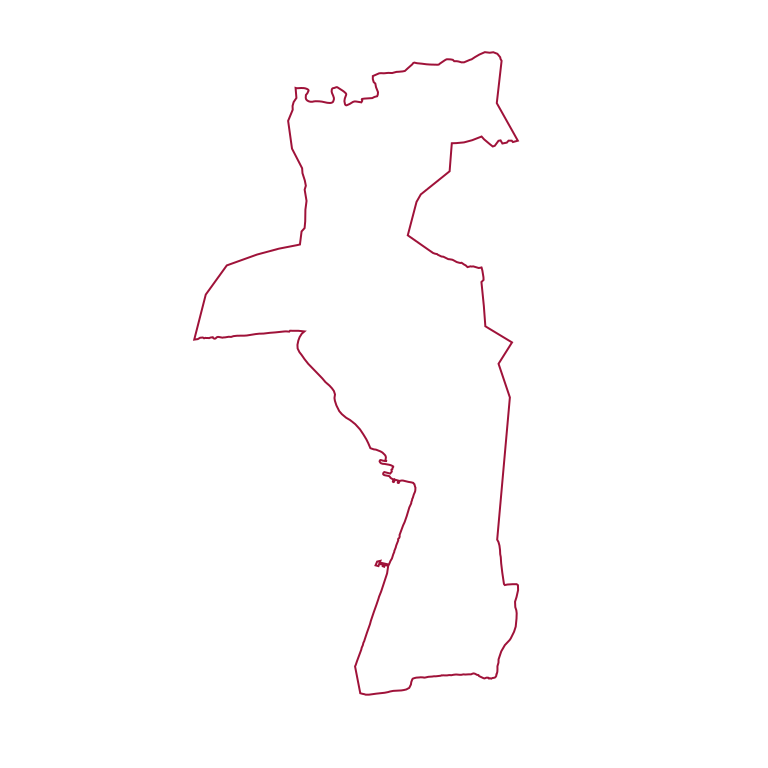 Cul De Sac, Castries, Saint Lucia, rotated 259°
{"feature_id": "8701671B53480283308673", "entity_name": "Cul De Sac", "entity_type": "district", "adm_level": 2, "iso_a3": "LCA", "parent_name": "Saint Lucia", "parent_adm1": "Castries", "projection": "robinson", "projection_center": [-61.007, 13.982], "detail": "fine", "context": "isolated", "style": "outline", "palette": "rose", "viewbox_px": 768, "rotation_deg": 259, "n_neighbors": 0, "source": "geoboundaries", "source_scale": "gbopen_adm2", "svg_char_len": 6084}
<svg xmlns="http://www.w3.org/2000/svg" viewBox="0 0 768 768"><g transform="rotate(259 384 384)"><path d="M463.8,206.2L463.6,209.8L464.5,212.3L464.2,215.0L463.2,216.1L463.4,217.4L463.1,218.1L462.7,220.1L462.4,221.1L462.7,222.5L462.6,224.8L462.0,224.9L460.9,226.0L460.8,226.9L460.9,227.4L461.5,228.3L461.9,229.2L461.9,229.8L461.8,230.5L460.3,234.3L460.3,235.7L460.1,236.8L460.0,240.6L459.4,242.9L459.5,243.8L459.7,245.4L459.4,249.1L458.1,256.2L457.8,258.6L457.5,267.4L457.2,271.1L456.5,275.2L456.0,282.0L455.4,287.1L454.6,296.2L454.3,298.1L453.5,301.0L454.2,301.9L452.5,310.3L450.8,315.9L449.1,312.9L446.1,310.1L443.0,308.2L438.9,306.5L435.3,306.0L431.3,307.1L428.4,308.6L423.4,310.8L418.2,313.5L401.3,324.5L397.0,326.9L392.8,330.2L389.7,332.1L386.6,333.5L383.1,333.9L379.7,332.7L376.9,332.6L372.0,333.2L365.9,334.9L362.4,336.9L358.1,340.4L355.1,343.8L350.1,348.1L344.0,351.8L338.5,354.1L333.1,356.1L329.1,357.2L323.6,358.4L321.8,361.5L321.1,363.6L318.5,367.7L317.0,369.4L314.4,371.2L313.4,371.7L311.8,371.9L309.6,371.2L309.2,370.9L308.4,371.2L307.8,372.2L308.1,370.6L309.0,368.2L310.0,366.3L310.0,365.8L309.5,365.2L308.7,364.9L307.5,365.4L306.8,365.9L305.9,367.5L305.5,369.1L303.8,373.5L303.2,374.8L302.5,375.9L301.3,377.3L300.8,377.2L300.0,376.4L298.8,375.9L298.5,375.0L297.4,374.9L296.8,375.0L296.1,374.5L295.9,374.2L294.9,373.0L297.5,367.5L297.0,366.6L296.2,366.1L295.5,366.0L294.9,366.4L294.3,367.3L293.0,370.6L292.5,371.6L292.0,371.9L290.7,372.5L289.8,373.3L288.6,374.9L288.6,375.2L286.7,374.1L286.2,374.2L285.9,374.7L286.1,375.2L288.0,376.5L286.5,379.5L284.7,378.7L284.4,378.7L284.1,379.1L284.1,379.5L284.2,379.8L285.9,380.8L285.9,382.9L285.6,384.2L283.3,389.2L282.0,392.6L281.3,393.7L281.3,393.9L280.1,394.4L279.9,394.7L277.1,394.9L276.3,395.1L273.9,394.5L273.0,394.2L271.9,393.6L269.9,392.2L266.8,390.6L266.0,389.9L264.5,389.3L262.9,388.3L261.6,387.9L258.0,385.3L250.0,381.1L244.5,377.9L241.6,375.8L232.7,370.4L231.7,370.4L230.3,369.8L229.7,369.2L229.5,368.6L228.8,368.2L227.7,368.1L223.5,365.4L222.2,364.7L221.4,364.4L218.0,362.2L217.3,362.1L215.1,360.6L211.2,358.5L209.1,356.6L205.8,354.4L209.6,345.7L211.1,346.7L211.0,343.4L207.6,341.1L206.3,343.8L208.3,345.0L206.8,348.6L205.4,348.0L204.6,349.3L205.7,350.0L205.9,350.7L204.9,353.5L197.5,350.9L182.8,342.7L180.7,341.5L176.2,338.6L173.9,337.4L169.0,334.6L162.1,330.5L154.0,325.9L150.9,324.4L143.1,319.8L136.5,316.1L135.5,315.6L133.9,314.4L131.5,313.3L129.6,311.9L127.6,311.0L116.9,304.5L113.7,302.7L112.3,301.7L85.0,301.7L84.0,303.7L83.2,305.6L82.5,306.8L81.9,310.0L81.5,317.3L80.8,325.7L80.8,329.2L81.0,331.3L81.0,334.5L79.9,342.5L79.8,345.0L79.9,347.6L80.9,350.8L83.9,353.1L86.2,353.9L88.0,355.0L88.8,355.5L89.3,356.2L89.5,357.7L89.6,359.6L89.2,362.9L89.1,364.1L88.5,366.5L88.1,367.3L88.0,368.4L88.1,371.8L87.6,375.7L87.6,376.7L87.5,377.7L87.3,378.3L87.1,380.0L86.9,382.8L86.8,384.1L87.0,384.8L87.0,385.0L86.8,385.5L86.8,386.1L85.9,390.3L85.9,391.5L85.7,393.3L85.3,394.2L85.3,396.9L85.1,399.2L84.8,400.4L84.1,402.8L83.8,404.4L83.8,406.6L83.3,408.3L82.8,412.0L82.4,414.1L82.7,415.3L82.8,416.1L82.8,416.7L82.3,417.9L80.6,420.0L80.5,420.7L80.2,421.2L79.4,421.4L79.0,421.8L76.2,425.6L75.8,426.6L76.2,428.6L75.9,430.1L75.6,430.5L75.3,430.4L74.8,430.9L74.9,432.0L74.3,433.0L74.7,434.3L74.6,435.6L74.7,436.9L75.3,437.8L76.1,438.5L77.7,439.0L77.8,439.3L79.8,440.3L82.1,440.9L85.3,441.5L88.6,443.2L91.8,443.9L99.2,448.1L104.6,452.8L108.7,458.5L110.1,459.9L116.0,464.4L120.7,467.0L128.4,469.3L133.6,470.5L136.6,470.7L139.9,470.3L145.3,471.1L149.5,473.4L156.1,476.3L160.9,477.1L162.2,476.0L162.9,472.3L163.6,467.0L163.6,464.2L164.8,463.6L176.0,464.1L185.6,464.8L191.9,465.6L194.8,465.6L198.8,466.2L203.4,466.5L207.1,466.2L209.6,465.4L346.8,505.0L382.0,500.3L400.4,517.6L421.3,494.5L441.6,496.9L465.5,499.1L467.2,501.6L469.9,502.0L476.5,502.2L479.8,502.0L479.9,501.8L479.7,501.2L479.8,499.1L482.4,494.1L482.6,492.3L483.0,491.3L482.8,488.3L484.9,486.8L485.9,485.5L488.2,483.3L488.2,482.2L488.6,481.1L489.8,478.7L492.3,475.7L493.0,474.7L494.0,472.0L494.3,470.9L497.6,466.6L498.2,464.7L500.6,461.5L501.4,460.9L502.2,458.9L503.3,457.1L525.4,435.7L556.6,450.7L563.1,456.3L580.3,489.0L607.4,496.5L606.7,500.7L605.9,508.6L606.5,517.1L608.3,527.0L605.1,528.9L598.8,534.0L596.4,536.1L596.7,538.2L600.9,542.8L600.9,544.9L597.5,546.1L597.5,550.6L599.1,552.7L598.5,555.8L596.9,556.7L597.3,561.8L638.2,548.3L678.8,561.1L680.9,560.4L682.6,560.4L686.5,558.3L688.8,554.6L689.0,551.0L690.5,546.3L689.2,540.5L687.5,535.6L686.0,532.0L685.8,530.1L684.5,524.0L684.9,521.6L686.4,518.6L687.0,517.0L687.5,514.5L689.1,513.4L689.9,511.4L690.5,509.0L690.8,507.3L690.2,505.5L687.9,500.1L687.1,498.7L687.2,497.4L688.8,490.2L689.8,486.5L691.1,482.6L692.6,477.6L693.7,475.1L693.5,474.0L692.3,472.6L689.5,467.8L687.3,464.2L687.3,461.8L687.7,458.0L688.0,455.8L687.7,451.3L688.6,447.5L689.0,443.2L689.7,440.4L689.9,438.5L688.4,431.8L685.5,431.2L682.3,431.5L680.6,432.8L676.9,432.8L671.6,433.8L669.2,433.1L667.8,432.2L667.6,429.4L666.9,427.0L667.9,419.2L668.0,416.9L667.5,416.5L666.2,416.7L664.8,415.5L666.7,410.3L667.0,408.8L666.8,407.3L665.5,403.9L665.1,402.3L664.7,400.4L665.0,399.7L665.7,399.2L666.5,399.1L669.1,399.1L669.8,399.3L671.7,400.0L675.2,402.1L676.0,402.2L676.6,402.0L678.4,400.7L679.8,399.4L684.1,394.9L684.4,394.3L684.4,393.5L684.1,391.7L684.1,390.4L684.0,389.9L683.6,389.4L683.3,389.1L682.6,388.8L681.0,388.4L679.4,388.5L676.8,389.1L674.3,389.4L672.9,389.1L671.3,388.2L670.5,387.5L670.1,386.3L670.1,384.8L670.9,381.9L673.0,377.0L673.8,374.5L674.6,371.0L674.8,369.0L674.7,367.8L675.0,366.0L675.6,364.5L676.2,363.6L677.0,362.7L678.1,362.0L678.8,361.8L680.0,361.8L682.6,362.5L684.0,364.2L686.3,365.9L687.0,365.9L687.4,365.7L688.4,364.6L689.3,363.0L689.9,361.3L690.4,358.9L690.7,356.6L690.9,355.2L691.2,354.3L691.5,353.7L681.5,352.6L678.0,349.1L674.4,347.3L670.6,346.7L660.6,340.1L632.6,338.6L611.4,344.8L606.5,344.2L598.9,345.1L593.5,345.1L589.9,343.2L578.5,342.9L570.1,340.1L558.7,337.7L552.2,335.8L549.5,332.2L537.0,328.1L536.9,325.3L536.9,306.6L535.3,284.1L530.4,252.3L505.8,226.1L463.8,206.2Z" fill="none" stroke="#9f1239" stroke-width="2"/></g></svg>